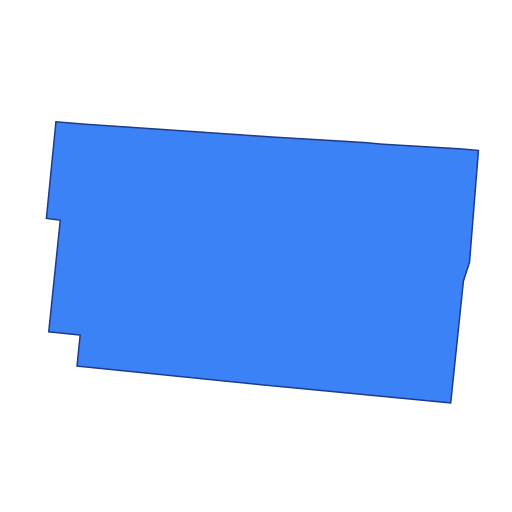 outline of Fulton, Ohio, United States of America, rotated 6°
{"feature_id": "52423323B87203223255400", "entity_name": "Fulton", "entity_type": "district", "adm_level": 2, "iso_a3": "USA", "parent_name": "United States of America", "parent_adm1": "Ohio", "projection": "albers", "projection_center": [-84.164, 41.603], "detail": "fine", "context": "isolated", "style": "filled", "palette": "blue", "viewbox_px": 512, "rotation_deg": 6, "n_neighbors": 0, "source": "geoboundaries", "source_scale": "gbopen_adm2", "svg_char_len": 376}
<svg xmlns="http://www.w3.org/2000/svg" viewBox="0 0 512 512"><g transform="rotate(6 256 256)"><path d="M89.5,384.2L275.2,383.5L465.0,381.8L464.9,259.2L469.0,239.8L466.2,127.8L450.4,128.0L369.7,131.6L352.9,131.8L259.1,136.0L74.9,142.7L45.4,143.4L43.0,143.4L43.6,240.5L57.6,240.8L57.8,353.1L89.4,353.0L89.5,384.2Z" fill="#3b82f6" stroke="#1e3a8a" stroke-width="1.5"/></g></svg>